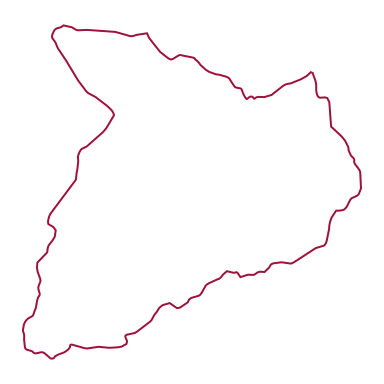 Baghlan, Mercator projection
{"feature_id": "AFG-1766", "entity_name": "Baghlan", "entity_type": "Province", "adm_level": 1, "iso_a3": "AFG", "parent_name": "Afghanistan", "parent_adm1": "", "projection": "mercator", "projection_center": [68.855, 35.789], "detail": "fine", "context": "isolated", "style": "outline", "palette": "rose", "viewbox_px": 384, "rotation_deg": 0, "n_neighbors": 0, "source": "natural_earth", "source_scale": "10m", "svg_char_len": 3682}
<svg xmlns="http://www.w3.org/2000/svg" viewBox="0 0 384 384"><path d="M361.0,188.4L358.8,194.0L358.1,194.8L356.9,195.8L351.5,198.3L350.2,199.9L346.9,206.5L345.4,208.4L343.9,209.7L341.2,210.4L338.8,210.7L336.2,210.6L331.7,217.4L330.1,221.7L329.4,225.1L329.0,229.5L326.8,240.4L326.0,243.1L324.3,245.5L315.7,248.1L293.9,262.3L291.0,263.6L281.7,262.3L273.9,263.2L271.9,263.9L270.7,264.8L269.2,267.5L264.5,272.0L259.7,271.7L257.2,272.6L255.1,274.2L253.6,274.9L248.1,274.7L240.4,277.1L237.7,273.0L236.5,272.2L235.4,272.6L233.1,272.7L226.9,271.2L222.9,274.7L221.2,277.0L219.8,278.3L218.6,279.0L217.5,279.3L208.8,283.3L206.9,284.5L205.5,285.9L202.5,291.4L200.9,293.9L199.8,295.1L198.6,295.8L191.3,297.9L189.8,298.9L189.0,299.7L187.8,302.3L180.0,307.6L178.6,307.9L176.9,308.1L169.7,303.1L163.0,305.0L162.0,305.6L160.5,306.8L158.8,308.5L157.1,311.4L154.2,315.1L151.6,320.0L150.3,321.5L150.0,321.7L137.2,331.5L134.8,333.0L126.9,334.7L125.8,335.3L125.3,336.2L125.4,336.8L125.6,337.9L126.6,339.9L126.9,341.0L127.0,341.7L126.4,344.0L121.6,346.6L118.0,347.3L109.2,347.8L98.6,346.8L87.1,348.5L84.6,348.2L71.9,344.6L70.8,344.7L70.2,345.3L70.1,346.2L69.9,347.2L69.3,348.2L68.2,349.5L66.2,351.1L63.7,352.6L58.9,354.3L55.2,356.2L53.9,358.0L52.9,358.5L52.1,358.6L51.2,358.6L50.4,358.3L44.4,353.1L43.2,352.5L42.0,352.2L40.8,352.3L36.8,353.2L35.5,353.4L34.5,353.2L33.8,352.8L33.1,352.3L32.6,351.7L32.0,351.2L26.7,349.6L25.9,349.0L25.2,348.1L24.8,346.4L24.1,339.4L24.1,338.1L24.2,336.8L24.2,335.5L24.0,334.3L23.7,333.2L23.3,332.1L23.0,330.9L23.0,329.7L23.8,325.1L24.2,323.7L25.2,321.8L26.0,320.6L27.2,319.3L28.3,318.4L32.7,315.9L33.8,313.5L34.3,311.6L35.5,308.9L36.0,307.2L37.0,301.1L37.6,298.9L38.2,297.2L39.0,296.2L39.6,295.0L39.7,293.5L38.4,289.2L38.3,287.3L38.9,285.1L40.2,282.1L40.5,280.5L40.2,278.8L37.6,271.6L37.0,267.9L37.4,262.5L46.8,252.8L47.4,251.4L47.5,249.4L47.9,247.5L48.6,245.5L52.5,240.5L54.8,236.6L55.7,230.2L53.6,227.4L52.8,226.7L48.4,224.1L48.0,222.1L48.1,221.1L48.3,219.7L49.1,216.7L50.4,213.8L75.3,180.5L76.0,179.1L76.7,172.2L77.3,169.8L78.2,161.5L78.2,160.2L77.9,157.3L78.0,156.0L78.5,154.6L79.7,151.7L80.5,150.3L81.6,149.0L86.8,146.4L102.9,132.2L106.3,128.2L114.0,115.2L113.5,113.4L112.3,111.2L111.2,109.8L107.0,105.8L95.5,97.0L88.2,93.1L86.3,91.4L78.2,80.6L66.3,60.9L57.9,48.3L57.1,46.6L55.8,43.2L55.1,41.9L52.6,38.6L52.1,37.4L52.0,36.1L52.5,34.2L53.8,31.3L54.5,30.1L55.6,29.1L57.0,28.3L61.0,27.2L63.5,25.4L71.9,27.3L76.2,29.9L77.8,30.3L87.0,29.9L115.2,31.9L129.8,36.0L131.8,36.2L133.6,35.9L136.4,34.9L147.0,33.3L149.2,38.1L160.1,51.9L167.7,57.9L169.5,59.0L171.1,59.5L172.3,59.2L173.5,58.6L178.3,55.6L179.3,55.2L180.1,55.0L184.4,55.9L192.7,57.5L194.8,58.4L194.9,58.9L195.1,59.3L195.4,59.6L197.4,61.1L198.6,62.4L200.7,65.2L205.6,69.6L209.0,71.8L215.9,74.3L219.1,74.7L225.6,76.5L227.8,77.4L229.2,78.4L230.0,79.6L230.7,80.8L233.0,84.3L235.1,87.2L238.0,88.0L240.2,88.3L241.3,88.9L241.9,90.0L242.9,92.9L243.8,94.9L245.4,97.7L246.2,98.7L246.9,99.0L247.4,98.7L248.8,97.5L249.6,97.0L250.5,96.6L252.0,96.6L252.8,97.1L253.6,98.2L254.0,98.6L254.4,98.7L255.0,98.4L255.6,97.8L256.8,97.2L258.3,96.9L264.3,97.1L271.6,94.9L282.9,86.0L285.2,84.6L288.0,83.8L290.7,83.4L301.1,79.2L306.7,76.0L310.8,72.2L312.6,72.9L315.4,80.7L316.0,83.3L316.2,85.4L316.2,89.7L316.6,93.0L317.2,94.9L317.9,96.3L318.6,97.1L319.3,97.5L319.9,97.7L320.5,97.7L324.9,97.4L327.2,98.0L329.3,102.1L331.1,126.6L341.4,136.2L345.0,140.6L348.0,146.5L348.3,147.5L348.5,148.1L348.5,149.2L348.5,149.8L348.9,151.0L350.6,154.9L351.6,156.3L353.0,157.6L353.6,158.3L354.0,159.0L354.2,159.6L354.3,160.0L354.1,161.5L354.5,163.1L355.5,164.8L358.1,168.1L359.4,170.1L360.2,171.9L361.0,188.4Z" fill="none" stroke="#9f1239" stroke-width="2"/></svg>